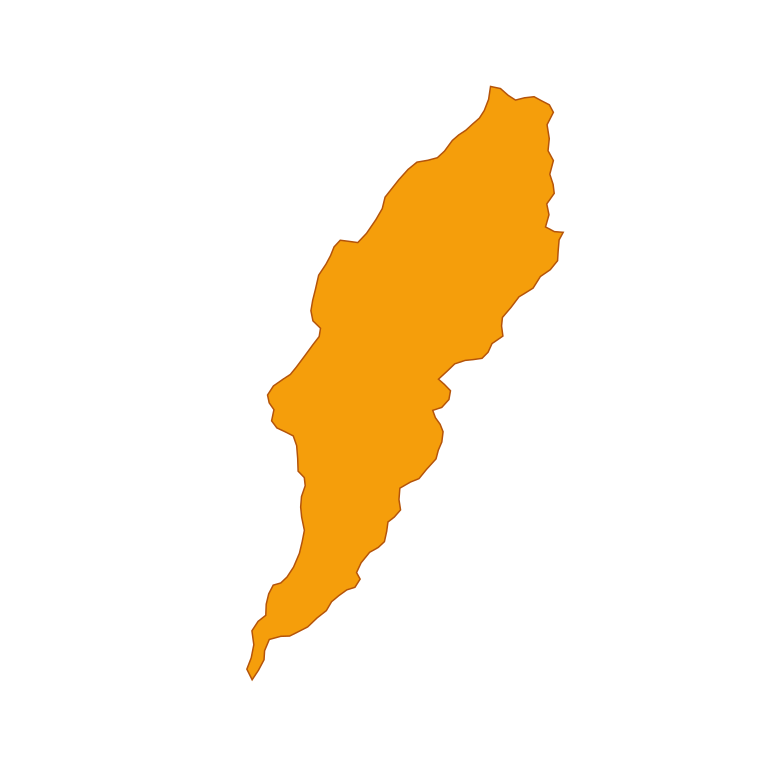 Nova Porteirinha, Minas Gerais, Brazil (Robinson projection), rotated 205°
{"feature_id": "56859067B51855792689739", "entity_name": "Nova Porteirinha", "entity_type": "district", "adm_level": 2, "iso_a3": "BRA", "parent_name": "Brazil", "parent_adm1": "Minas Gerais", "projection": "robinson", "projection_center": [-43.277, -15.718], "detail": "fine", "context": "isolated", "style": "filled", "palette": "amber", "viewbox_px": 768, "rotation_deg": 205, "n_neighbors": 0, "source": "geoboundaries", "source_scale": "gbopen_adm2", "svg_char_len": 1964}
<svg xmlns="http://www.w3.org/2000/svg" viewBox="0 0 768 768"><g transform="rotate(205 384 384)"><path d="M413.2,698.7L409.5,686.2L408.7,674.2L409.9,665.3L413.5,657.2L417.0,648.7L421.5,641.4L425.0,633.6L427.6,620.6L431.3,611.6L438.8,605.3L447.9,599.0L452.9,588.6L456.9,575.4L459.5,564.4L462.0,553.8L459.7,542.2L460.8,529.6L463.5,513.2L467.5,501.1L476.6,498.3L484.4,495.8L487.2,487.2L486.7,477.7L487.2,468.2L489.2,455.0L486.1,440.6L484.0,429.7L481.2,419.5L475.1,411.2L465.1,407.7L462.8,399.6L465.1,389.3L467.5,377.1L470.6,362.2L472.9,353.1L477.4,345.9L483.4,335.5L484.9,324.8L480.1,318.4L472.9,314.2L470.3,303.1L462.5,298.9L454.0,298.9L444.3,298.6L437.1,291.2L430.8,280.1L425.0,268.7L416.7,265.5L412.4,258.5L411.2,247.1L407.5,237.2L402.4,228.6L394.3,217.7L391.5,206.5L389.1,194.8L388.6,179.9L390.3,168.1L393.5,160.0L399.4,154.9L399.8,145.1L397.7,134.7L393.4,124.4L397.8,115.7L399.4,104.5L391.8,92.7L388.6,79.7L387.8,67.6L378.5,60.2L376.8,71.6L376.2,83.4L379.5,91.8L380.0,104.0L370.9,111.7L363.0,115.7L356.8,123.5L350.5,131.6L345.8,143.7L340.5,154.2L339.5,164.6L335.5,173.1L330.7,181.7L324.4,187.5L323.2,197.1L329.2,201.5L329.2,212.3L325.9,225.4L320.1,233.5L317.0,241.3L319.3,251.6L322.1,260.6L318.4,267.8L315.8,276.9L321.6,285.6L325.6,296.3L318.6,306.3L312.3,313.0L309.4,324.6L305.2,338.1L306.8,346.9L307.1,355.9L310.3,365.7L316.1,371.2L323.2,375.2L328.7,380.7L321.7,387.3L318.6,397.4L320.9,406.0L328.7,409.0L336.7,411.4L332.4,421.8L328.4,432.2L320.4,439.7L313.5,443.8L306.0,448.7L303.1,456.8L303.2,466.3L296.5,477.7L302.0,486.3L304.8,494.4L301.2,507.4L298.5,520.1L293.7,527.3L289.4,533.9L287.7,547.5L281.6,557.9L278.8,569.1L282.2,577.7L286.2,588.6L285.7,597.2L294.0,594.1L304.0,594.6L306.0,607.1L312.6,616.0L310.3,628.7L315.1,636.4L322.4,644.2L324.9,658.1L333.9,664.7L337.9,676.2L345.8,687.9L345.3,701.8L352.1,706.9L361.6,707.3L369.4,707.8L377.7,702.7L384.8,696.9L393.5,698.1L403.3,701.0L413.2,698.7Z" fill="#f59e0b" stroke="#b45309" stroke-width="1.5"/></g></svg>